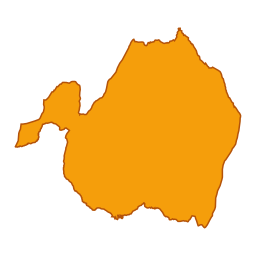 the district of Saboyá, Boyacá, Colombia
{"feature_id": "7082276B63710886771215", "entity_name": "Saboyá", "entity_type": "district", "adm_level": 2, "iso_a3": "COL", "parent_name": "Colombia", "parent_adm1": "Boyacá", "projection": "equal_earth", "projection_center": [-73.781, 5.705], "detail": "fine", "context": "isolated", "style": "filled", "palette": "amber", "viewbox_px": 256, "rotation_deg": 0, "n_neighbors": 0, "source": "geoboundaries", "source_scale": "gbopen_adm2", "svg_char_len": 5746}
<svg xmlns="http://www.w3.org/2000/svg" viewBox="0 0 256 256"><path d="M240.2,117.8L240.5,117.2L240.6,115.8L240.5,115.2L239.6,113.3L238.4,112.0L236.0,108.1L234.7,106.6L234.2,107.1L233.7,105.4L233.3,104.8L233.3,103.2L232.1,102.3L231.6,101.6L229.7,98.0L229.3,97.6L228.7,97.5L228.4,97.0L228.0,95.5L226.8,92.6L226.4,92.0L226.4,91.0L225.6,89.1L225.6,87.4L225.0,85.7L224.9,84.2L224.0,81.9L223.3,78.9L222.4,77.9L221.9,76.6L221.5,74.6L220.5,72.3L219.9,71.5L218.3,70.4L212.6,67.2L211.7,67.9L209.0,68.0L208.5,66.9L207.7,66.4L205.6,63.2L204.9,64.2L201.5,60.7L200.3,59.9L200.0,59.4L199.5,56.6L199.0,56.0L198.0,55.5L197.7,55.0L196.9,53.0L196.4,50.9L195.2,48.8L193.9,46.9L192.8,44.5L192.4,44.2L191.9,44.4L191.6,43.5L190.8,43.3L190.5,42.1L188.3,39.8L188.4,37.8L185.0,35.5L184.8,35.0L183.7,35.3L183.1,33.5L182.3,33.2L181.7,32.0L181.8,30.9L180.0,30.2L179.9,30.0L180.2,29.3L180.2,28.3L178.7,28.3L178.3,28.7L178.6,29.7L178.7,30.7L177.5,32.1L177.3,32.7L177.5,33.8L176.5,35.2L176.8,37.0L174.5,40.8L173.4,39.9L171.7,41.0L170.0,41.2L169.3,42.5L168.3,42.9L167.7,43.0L167.1,42.6L166.2,43.1L165.4,43.0L164.7,43.4L163.6,43.3L160.9,41.9L160.1,41.3L159.5,40.3L158.6,39.9L157.4,40.3L155.2,40.1L153.9,41.8L152.5,42.0L151.7,42.4L150.3,42.0L149.9,43.1L149.6,43.3L148.8,42.6L148.2,42.6L147.0,45.1L146.2,45.7L144.8,45.2L144.4,44.4L144.1,44.2L143.7,42.7L143.3,42.3L142.2,42.0L138.3,42.2L136.1,41.6L135.0,41.7L133.8,39.3L133.0,39.7L131.7,41.3L130.7,43.0L130.1,44.7L129.0,46.4L128.8,47.6L122.3,59.9L119.8,63.2L117.5,67.8L116.0,72.1L110.9,78.5L109.3,79.5L108.0,81.3L107.7,82.3L106.5,88.5L105.7,91.6L105.2,92.7L104.0,94.2L103.5,95.8L102.0,97.7L100.0,98.2L97.2,100.4L95.9,100.9L95.0,102.0L94.4,102.2L92.3,105.8L91.4,108.3L89.9,110.3L88.7,111.1L86.9,113.8L86.1,114.5L84.3,114.5L83.2,114.0L81.8,114.3L80.5,114.0L79.8,114.7L79.7,114.0L78.7,113.1L78.5,112.4L79.2,110.1L79.7,106.7L80.0,106.0L79.8,102.9L79.2,101.2L80.4,98.8L80.3,98.0L79.6,96.0L79.8,92.2L80.2,89.6L80.0,86.9L79.6,85.4L77.9,84.5L76.8,83.4L75.6,81.7L74.7,81.5L72.6,81.5L71.4,81.7L69.3,83.2L66.3,82.5L63.2,82.4L62.5,82.5L61.2,84.1L60.7,84.0L60.0,84.3L57.8,86.7L56.9,86.6L55.1,89.7L54.4,90.4L54.0,90.3L53.7,91.2L53.3,91.7L51.9,92.0L48.6,97.4L46.3,99.7L45.2,100.1L43.9,99.9L43.6,104.5L44.2,106.5L44.2,108.3L43.5,111.5L43.2,112.3L42.1,113.5L40.1,118.1L39.4,119.0L38.6,119.6L34.5,121.1L26.8,123.5L22.8,124.1L21.1,124.1L20.4,129.3L19.5,131.1L18.8,133.3L18.2,140.8L15.4,146.7L15.9,147.0L16.4,146.8L17.3,147.1L18.3,146.7L19.1,146.8L19.6,146.2L20.1,146.0L21.2,146.5L22.2,146.4L22.7,146.2L22.9,145.9L24.3,145.7L24.5,145.4L26.0,145.1L26.7,144.4L27.5,144.4L27.8,144.1L27.7,143.6L27.9,143.4L28.4,143.5L28.7,143.2L30.8,143.7L32.7,142.7L35.1,142.4L36.1,141.3L36.8,141.2L36.9,140.5L37.5,140.3L37.4,139.8L37.6,139.5L38.3,139.2L38.5,137.7L38.9,137.1L38.7,136.1L38.3,135.4L38.6,134.7L38.3,134.5L38.5,133.8L38.3,133.4L38.7,133.1L38.7,132.4L39.0,131.8L39.5,131.6L40.2,130.8L40.3,129.7L40.5,129.5L40.6,128.9L41.2,128.4L41.4,127.4L42.0,126.8L42.3,125.1L42.7,124.3L43.6,124.3L44.4,123.7L44.9,123.8L45.9,123.1L47.6,123.2L51.3,122.2L52.1,122.6L52.6,122.5L53.4,123.4L55.8,123.9L59.3,126.7L59.7,127.5L59.6,129.5L59.7,129.8L60.4,130.1L61.2,130.2L64.1,129.3L64.8,128.3L66.1,128.0L69.4,130.4L67.0,133.5L66.0,135.5L65.5,137.6L65.6,138.0L66.5,138.6L66.8,139.1L67.6,142.2L66.4,146.7L65.9,147.8L65.8,149.3L64.5,154.4L64.1,156.2L64.4,156.9L64.2,157.6L64.1,159.7L63.7,160.3L63.6,161.5L64.4,163.4L64.1,165.0L63.8,165.6L63.9,166.9L63.5,167.6L63.5,169.7L63.8,171.2L63.8,173.6L64.4,174.8L64.6,176.6L65.4,177.3L66.4,178.9L68.3,179.7L69.4,181.3L71.4,182.7L72.5,185.1L73.3,186.1L73.9,188.9L74.8,190.8L75.1,191.0L75.8,190.8L76.1,191.4L76.6,191.5L78.5,193.5L79.9,194.3L80.3,195.2L81.2,196.2L81.3,197.0L81.8,197.6L81.9,199.1L82.2,199.4L82.4,200.1L82.2,200.9L82.6,201.4L83.8,202.5L84.4,202.4L84.5,202.7L86.5,203.4L86.5,203.8L86.2,203.9L86.2,204.2L86.8,205.4L88.5,206.2L89.1,206.8L89.7,206.9L90.0,207.8L91.6,208.6L92.4,209.9L93.2,210.2L94.1,210.0L94.6,210.2L95.5,209.7L95.8,209.0L96.5,208.6L96.9,208.1L98.0,207.8L100.2,208.1L101.1,208.8L104.0,209.1L105.3,210.1L106.5,210.7L107.3,211.5L108.9,212.4L109.9,212.6L110.3,213.2L111.0,213.5L112.3,215.5L112.3,215.9L111.8,216.7L114.1,216.9L115.0,218.8L115.3,218.5L115.4,217.4L115.6,217.1L116.0,218.7L117.4,219.5L117.8,219.1L118.2,217.8L118.1,216.3L117.7,215.7L118.0,215.2L118.5,215.5L119.9,217.7L120.8,216.7L120.4,215.3L121.4,215.7L122.0,216.6L121.3,217.7L121.4,218.0L121.5,218.3L122.1,218.5L122.7,217.9L122.9,217.1L122.2,215.8L122.2,215.5L123.9,215.5L124.2,215.1L124.8,214.9L126.1,215.4L128.1,214.6L128.9,214.8L130.1,214.0L131.1,213.9L132.8,211.2L135.5,209.9L136.1,209.3L137.0,209.1L137.3,208.9L138.2,206.7L139.9,205.7L141.3,205.3L142.3,204.1L143.0,204.0L143.4,203.6L143.6,203.0L144.0,202.9L144.8,203.9L144.6,205.1L144.9,206.5L147.1,207.9L148.3,207.9L149.9,207.4L150.8,208.1L151.5,207.3L152.8,208.4L153.7,208.3L154.3,208.6L154.8,208.0L154.9,208.4L155.2,208.1L155.7,208.6L157.0,207.8L158.1,208.3L158.6,208.2L159.9,209.0L162.6,212.4L164.3,215.6L165.8,216.7L166.7,216.5L168.7,217.6L169.2,218.8L169.3,219.5L169.8,219.8L171.1,219.7L172.6,218.9L173.5,219.5L174.1,219.2L176.2,219.5L178.0,221.4L180.1,221.4L183.4,220.7L184.8,221.1L186.1,221.0L187.5,221.7L187.9,221.7L188.3,221.4L188.9,220.2L189.9,219.5L192.1,215.8L194.6,216.3L195.1,216.5L195.7,218.7L196.5,220.6L198.1,225.7L198.5,225.8L200.4,224.8L201.8,224.7L204.0,227.3L204.7,227.7L205.6,227.1L207.3,224.8L209.8,219.9L211.5,216.9L212.4,215.8L212.5,213.4L214.7,209.3L215.4,206.9L215.7,197.9L216.8,194.4L217.6,190.8L220.1,185.6L221.9,179.5L222.4,177.2L222.4,169.3L223.1,165.1L224.7,160.7L225.7,159.8L230.4,152.7L231.8,150.2L232.3,148.7L233.5,147.4L235.6,144.2L236.5,140.1L237.3,137.8L237.9,134.1L238.8,130.6L240.0,121.6L240.2,117.8Z" fill="#f59e0b" stroke="#b45309" stroke-width="1.5"/></svg>